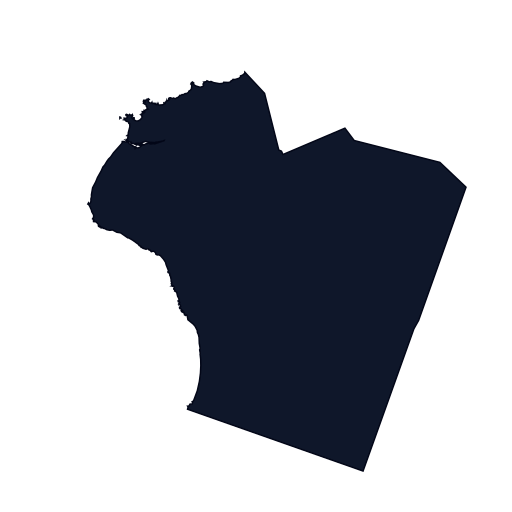 the district of Deseado, Santa Cruz, Argentina, rotated 201°
{"feature_id": "61730980B75519794586759", "entity_name": "Deseado", "entity_type": "district", "adm_level": 2, "iso_a3": "ARG", "parent_name": "Argentina", "parent_adm1": "Santa Cruz", "projection": "albers", "projection_center": [-66.461, -47.291], "detail": "fine", "context": "isolated", "style": "filled", "palette": "ink", "viewbox_px": 512, "rotation_deg": 201, "n_neighbors": 0, "source": "geoboundaries", "source_scale": "gbopen_adm2", "svg_char_len": 6148}
<svg xmlns="http://www.w3.org/2000/svg" viewBox="0 0 512 512"><g transform="rotate(201 256 256)"><path d="M79.0,93.6L82.5,244.6L81.1,254.2L84.6,395.5L117.9,409.3L205.7,399.0L218.8,407.2L267.2,360.4L269.8,363.0L272.7,363.1L306.3,410.9L332.3,423.6L332.0,422.5L333.4,420.0L335.0,418.6L334.6,417.6L335.6,415.8L338.8,413.3L340.8,412.6L340.9,411.8L342.1,410.4L342.2,409.4L343.8,408.2L348.4,406.6L348.3,406.0L349.2,405.1L351.9,403.8L357.6,402.7L360.6,402.8L361.9,401.8L364.6,402.0L364.9,401.0L367.0,399.7L366.3,399.4L367.0,398.0L366.9,397.3L366.1,396.3L366.3,395.3L368.6,393.5L373.3,393.2L375.4,393.7L376.4,394.8L377.1,393.9L377.5,394.3L378.0,394.1L377.7,395.3L377.1,395.5L377.7,395.7L378.4,394.6L378.5,393.8L378.2,393.5L377.7,393.7L378.2,393.1L377.5,392.8L376.7,391.1L376.2,388.6L376.7,387.1L377.7,385.9L377.7,384.8L378.2,383.8L379.1,382.8L380.4,382.2L381.7,380.5L382.9,380.2L383.4,379.2L384.7,378.7L384.7,378.0L385.2,377.3L385.3,376.3L386.2,375.8L387.7,373.9L389.7,373.9L390.3,373.1L392.6,373.1L393.6,372.5L394.0,371.8L393.8,371.2L393.0,371.1L393.4,370.6L393.2,370.2L394.7,369.0L394.9,369.2L394.8,368.8L395.2,368.6L395.5,367.2L395.8,367.0L395.5,365.9L396.8,365.9L396.3,365.0L397.3,363.7L400.8,362.1L402.1,362.5L402.0,363.2L402.2,363.4L402.2,362.7L402.7,362.6L402.6,362.0L403.6,361.5L405.1,361.6L405.2,362.0L405.0,362.3L406.1,362.0L406.9,361.3L407.3,361.7L408.0,361.5L408.3,362.1L408.6,361.1L409.7,360.9L411.6,361.3L412.4,362.7L412.2,363.1L411.5,362.9L412.1,363.3L411.8,363.9L412.6,364.1L412.5,363.5L412.9,363.5L412.5,363.2L412.7,362.5L413.6,362.9L414.0,362.5L414.0,363.0L414.4,362.2L415.5,361.6L414.7,361.6L414.9,361.3L414.7,360.5L415.8,361.3L415.4,360.9L415.7,360.2L416.0,360.9L416.5,361.3L416.7,361.0L415.7,360.0L416.3,359.7L415.7,359.1L415.9,358.3L412.7,357.6L412.1,356.9L412.1,356.6L411.4,356.4L410.4,354.3L410.0,354.8L409.3,354.5L411.2,353.1L411.7,352.0L412.7,351.9L412.6,351.4L411.8,351.2L412.2,351.1L412.1,350.8L411.4,350.5L411.7,349.7L412.1,349.6L412.2,350.0L413.0,349.9L413.2,350.2L413.5,350.1L413.3,350.0L413.5,349.4L412.6,349.0L412.6,348.4L413.3,348.1L413.3,347.6L413.9,347.4L413.8,347.0L414.2,346.6L413.0,346.4L412.6,345.5L412.1,345.6L411.9,344.8L412.8,341.9L414.3,340.0L416.0,339.1L418.2,339.3L418.9,339.9L419.1,340.5L418.6,340.9L419.0,340.8L419.2,341.3L419.7,341.2L419.2,340.9L419.6,339.9L421.0,340.0L421.8,340.9L421.4,342.8L421.8,343.3L421.8,342.6L422.1,342.6L422.3,343.4L423.5,342.4L424.7,342.9L425.2,341.7L427.6,341.9L428.1,341.4L427.7,340.6L426.4,340.9L425.9,339.9L426.2,339.5L425.9,339.1L426.4,338.0L428.3,337.5L428.1,337.3L428.4,337.2L428.3,336.9L427.4,336.4L427.9,335.9L426.6,336.1L425.6,335.3L423.3,335.5L422.4,334.8L422.2,334.2L421.3,334.2L420.1,331.4L419.4,325.2L418.6,323.1L418.8,322.4L419.4,322.5L419.6,322.1L418.8,322.2L418.3,321.8L418.2,321.2L418.6,321.0L418.2,321.1L417.8,319.4L417.8,318.8L418.3,318.6L416.7,317.6L417.0,317.2L417.5,317.6L418.9,317.4L418.2,317.1L417.6,317.3L416.9,317.1L415.6,316.9L413.2,317.6L412.0,316.5L411.0,317.1L409.7,317.0L408.9,317.9L406.1,319.2L405.4,319.1L400.1,323.5L397.7,323.7L396.6,324.2L395.7,323.9L394.9,324.5L391.1,325.6L390.1,326.6L385.9,328.8L383.1,331.0L383.1,330.7L390.7,324.4L392.1,324.1L394.6,322.7L397.0,322.8L398.0,321.7L398.6,321.7L400.5,319.4L401.6,318.9L402.8,317.4L403.3,316.1L404.8,314.6L406.3,314.2L407.0,314.6L407.6,314.5L407.2,313.4L407.4,312.8L407.7,313.1L407.7,314.7L409.2,314.3L410.2,314.4L410.1,314.7L410.8,314.9L411.5,314.7L415.0,315.5L416.6,316.5L418.6,315.6L420.4,315.6L421.5,314.6L421.6,315.1L421.9,315.0L421.9,314.4L421.4,314.2L421.4,313.4L426.0,301.3L427.2,296.3L428.4,293.7L429.1,291.1L429.9,286.6L430.8,284.3L431.0,280.0L432.1,272.5L432.2,267.7L433.0,261.2L431.6,254.2L430.8,252.3L430.6,250.2L429.9,248.5L429.6,246.9L429.8,245.9L430.4,245.1L430.9,245.0L431.4,245.5L431.6,244.2L430.7,244.1L428.8,242.6L426.2,240.0L425.1,238.4L422.3,236.1L421.4,233.7L421.4,232.6L421.8,232.7L421.9,232.1L420.3,231.7L419.8,230.7L420.3,230.6L420.0,229.9L417.9,230.5L416.9,230.3L414.1,228.8L414.0,228.0L413.6,228.0L413.9,227.6L413.6,227.3L413.0,227.2L413.2,227.7L412.6,228.0L411.9,227.8L411.6,227.2L410.7,227.4L410.5,226.8L409.5,227.6L408.6,227.1L406.9,227.4L404.8,227.1L401.7,227.6L399.3,228.9L394.4,228.3L390.8,229.1L382.2,227.0L381.3,227.3L376.9,226.6L370.1,224.8L368.8,223.9L367.0,223.7L366.6,223.2L366.4,223.5L365.9,223.0L364.4,223.0L364.3,222.7L361.0,222.9L360.6,223.5L358.9,224.1L358.0,223.3L357.0,223.5L355.3,222.5L353.8,223.6L352.5,223.7L351.0,223.0L350.0,221.7L348.6,221.6L347.3,222.2L345.4,222.1L341.2,219.9L338.2,217.7L336.8,215.7L332.4,210.9L332.6,209.7L332.2,209.1L330.5,208.9L329.4,206.9L328.6,206.4L326.5,203.1L326.3,202.2L325.0,201.0L325.3,200.2L325.1,199.7L324.4,199.3L323.8,198.3L324.0,198.0L323.5,198.2L323.7,197.8L323.1,197.8L322.6,198.5L321.9,198.2L320.8,197.0L321.1,196.0L320.9,195.6L319.5,195.1L319.4,194.2L317.1,193.8L314.8,190.4L312.8,188.6L311.9,186.9L312.2,186.3L311.9,186.1L312.5,186.1L312.2,185.5L310.9,185.6L310.6,185.3L310.8,184.8L310.3,183.9L310.6,184.2L310.7,183.6L310.9,184.0L311.0,183.5L309.7,183.5L308.3,182.0L309.0,180.7L308.6,179.9L308.0,179.6L307.6,180.0L306.2,179.3L306.3,178.7L305.5,178.6L306.2,178.1L305.5,177.4L304.7,177.3L304.5,178.0L303.9,177.2L303.3,177.1L303.0,177.5L302.4,176.6L302.4,177.3L301.5,175.6L300.3,175.3L299.8,176.1L298.9,175.7L296.7,172.1L290.1,169.9L287.7,168.6L284.3,165.6L283.2,163.5L281.7,162.1L280.0,159.6L277.6,154.0L275.0,149.7L275.0,148.2L273.2,145.3L273.0,144.3L270.6,139.7L268.2,133.8L265.9,126.8L263.9,118.6L262.5,109.1L262.4,99.4L262.6,97.9L263.4,97.0L262.6,96.4L262.6,94.8L264.5,94.1L264.9,91.8L266.0,91.3L265.3,90.8L265.0,88.4L79.0,93.6ZM408.7,316.9L407.3,316.8L406.1,317.6L404.4,317.6L403.2,318.8L403.3,319.6L403.0,320.1L403.7,320.3L405.9,318.2L407.2,318.4L407.4,317.5L407.6,317.9L407.3,318.2L407.5,318.2L408.7,317.4L408.7,316.9ZM432.9,336.9L432.4,335.7L432.1,336.3L431.6,336.5L432.2,337.0L432.9,336.9ZM393.8,323.5L394.6,323.7L395.2,323.1L394.6,323.0L393.8,323.5ZM413.5,317.0L413.0,316.4L412.4,316.7L413.2,317.4L413.5,317.0ZM402.1,319.4L402.0,318.7L400.8,319.6L401.4,319.7L402.1,319.4ZM392.3,324.2L393.5,324.1L393.6,323.9L393.1,323.7L392.3,324.2Z" fill="#0f172a" stroke="#020617" stroke-width="1.5"/></g></svg>